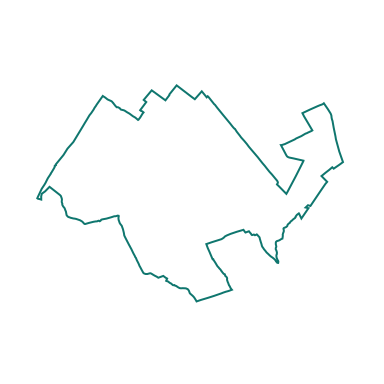 Balteni, Vaslui, Romania, rotated 351°
{"feature_id": "2599482B7876180524061", "entity_name": "Balteni", "entity_type": "district", "adm_level": 2, "iso_a3": "ROU", "parent_name": "Romania", "parent_adm1": "Vaslui", "projection": "albers", "projection_center": [27.634, 46.674], "detail": "fine", "context": "isolated", "style": "outline", "palette": "teal", "viewbox_px": 384, "rotation_deg": 351, "n_neighbors": 0, "source": "geoboundaries", "source_scale": "gbopen_adm2", "svg_char_len": 6030}
<svg xmlns="http://www.w3.org/2000/svg" viewBox="0 0 384 384"><g transform="rotate(351 192 192)"><path d="M265.2,275.3L266.0,275.5L266.3,274.6L266.4,273.9L266.3,273.5L266.0,272.9L265.5,271.1L265.3,270.1L265.3,269.0L265.4,268.0L265.6,267.3L266.0,266.8L266.3,265.6L266.4,265.1L266.3,263.9L266.1,262.6L265.8,261.9L265.8,261.4L266.0,260.4L266.7,259.3L266.7,257.7L266.6,256.7L266.7,256.0L266.9,255.0L267.2,254.4L267.9,253.9L268.6,253.7L269.6,253.6L270.9,253.3L272.2,252.7L273.3,252.3L274.0,252.2L274.6,250.4L274.9,249.2L274.9,248.4L275.6,246.8L276.0,246.2L276.4,245.4L276.6,244.9L276.7,243.6L276.6,243.0L276.7,242.3L277.2,241.9L279.3,241.4L280.1,241.0L280.7,240.6L281.2,239.5L281.9,238.8L282.8,238.2L283.6,237.9L284.3,237.1L285.1,236.4L286.3,235.8L287.5,234.9L289.8,233.7L290.0,233.2L290.4,233.0L290.4,232.8L290.7,232.3L292.0,231.0L294.2,229.8L294.5,230.4L294.7,231.3L295.9,235.3L304.5,226.2L301.8,225.1L304.5,223.2L306.8,224.3L319.5,210.7L325.0,204.9L327.1,203.1L322.4,196.5L327.0,193.8L331.2,191.5L334.4,189.5L335.6,191.1L337.9,190.0L341.9,188.1L345.8,186.1L343.8,175.1L342.4,162.4L342.4,160.8L342.4,159.3L342.0,150.5L341.9,143.9L341.6,142.1L341.5,140.6L341.6,138.6L341.6,138.1L341.2,136.2L339.2,131.5L336.1,125.0L335.1,125.6L334.1,125.9L331.9,126.3L329.4,126.9L321.6,129.0L315.4,130.8L313.4,131.4L314.5,134.8L317.4,142.1L320.5,150.0L319.6,150.4L316.0,151.4L314.5,151.9L313.2,152.1L308.7,153.9L303.3,155.4L302.6,155.7L301.8,156.1L292.5,158.8L291.2,159.2L289.7,159.4L288.1,159.7L287.2,159.6L287.9,161.7L290.8,170.2L291.3,171.4L291.8,172.1L292.6,172.7L293.5,173.2L297.5,174.7L307.0,178.5L306.8,179.0L297.0,192.6L288.0,204.6L286.2,207.0L284.9,208.6L278.7,199.9L277.1,197.8L278.0,196.7L278.3,196.2L278.3,195.6L277.9,194.3L273.7,187.2L271.7,184.2L269.6,180.5L268.0,177.6L266.2,174.7L264.0,170.8L262.4,167.9L256.7,158.6L255.2,156.1L253.7,153.2L251.6,149.7L249.0,145.7L248.1,143.9L245.6,139.4L244.3,136.4L243.9,136.2L242.8,134.6L241.7,132.7L240.5,130.5L234.7,120.7L231.1,114.5L230.0,112.6L228.3,109.4L227.7,108.8L227.3,108.1L223.3,101.0L222.5,99.9L221.3,100.8L220.8,99.9L217.4,94.1L209.3,100.8L207.0,98.5L193.5,84.3L184.9,92.1L184.8,92.8L180.1,97.3L168.1,85.3L158.7,93.5L160.9,96.0L153.6,103.1L154.3,103.9L155.5,104.6L156.6,105.8L155.0,107.3L154.2,108.3L152.3,110.5L151.3,111.4L150.5,112.2L150.0,112.4L149.4,111.7L147.7,109.7L147.0,109.1L145.5,107.9L142.9,105.2L141.8,104.2L140.6,103.3L138.2,101.1L137.4,100.6L135.7,99.9L134.6,99.4L134.2,98.8L133.9,98.2L133.6,97.8L132.8,97.2L132.3,96.8L131.7,96.6L130.9,96.5L130.4,95.8L129.9,95.1L128.5,92.6L128.1,91.7L127.8,91.5L127.6,91.1L127.3,90.4L126.5,89.6L124.5,88.3L123.0,87.3L122.4,86.6L120.7,84.8L119.5,83.8L118.9,83.2L111.4,90.9L110.6,91.9L109.0,93.5L107.7,95.2L104.8,98.3L102.8,100.1L101.7,101.4L99.4,104.2L97.0,107.0L94.6,109.9L82.6,124.1L75.8,129.7L70.8,135.4L68.0,137.9L62.4,142.9L61.7,143.5L61.8,144.2L60.6,144.7L60.4,144.9L60.5,145.4L60.2,145.9L59.4,147.0L56.4,150.6L55.4,151.6L55.4,151.9L55.2,152.1L51.8,155.8L50.2,158.0L48.8,160.0L47.4,161.7L44.1,165.3L38.7,173.2L38.2,174.0L38.6,174.4L39.1,174.7L40.0,175.0L41.9,175.9L42.4,172.6L43.4,170.2L47.0,168.4L52.1,164.6L61.0,174.2L61.8,175.3L62.0,176.2L62.2,177.1L62.4,178.7L62.3,179.3L61.8,181.3L61.8,181.8L61.9,182.3L62.1,183.3L61.9,184.0L62.0,184.8L62.2,185.3L62.6,186.3L63.4,187.6L63.7,188.3L63.9,189.5L64.1,190.5L64.4,191.5L64.5,195.0L64.6,195.5L65.4,196.7L66.0,197.4L67.0,197.8L67.9,198.4L70.7,199.6L71.8,199.9L73.2,200.4L77.0,202.4L78.8,203.9L79.3,204.5L80.0,205.6L80.7,206.6L81.1,206.8L81.5,206.9L85.5,206.4L90.2,206.0L91.4,206.0L92.5,206.0L93.0,206.1L93.9,206.1L94.4,205.9L95.0,205.8L95.5,205.8L95.9,206.2L96.1,206.4L96.5,206.4L97.4,205.9L98.0,205.2L98.4,205.1L99.5,205.0L103.3,204.9L108.4,204.3L111.5,203.8L112.1,203.9L112.6,204.0L114.3,203.8L114.8,203.7L115.8,204.0L115.9,204.3L115.8,204.7L115.3,206.0L115.2,207.2L115.2,208.5L115.4,209.2L115.7,211.2L116.3,212.6L117.3,214.3L117.6,215.9L118.0,218.0L118.3,221.7L118.3,224.3L118.6,225.4L119.8,229.1L120.5,231.2L121.8,235.1L122.1,235.8L122.4,236.8L123.1,238.7L124.5,243.4L125.6,246.5L125.7,247.0L125.8,247.5L126.3,248.3L126.8,250.6L127.5,252.7L128.1,254.6L128.6,256.8L129.0,257.8L130.3,261.6L131.1,263.8L131.5,264.6L132.0,265.0L133.3,265.7L134.5,265.9L135.2,266.0L135.9,265.9L137.9,265.7L138.3,265.8L138.7,266.0L139.8,266.9L140.1,267.1L140.7,267.7L142.6,269.2L143.9,270.1L145.3,271.4L150.5,270.4L152.5,272.5L153.9,273.6L152.6,275.7L153.2,276.1L154.3,276.6L155.2,277.6L156.1,278.5L156.3,278.6L156.9,279.0L158.0,280.3L158.5,280.9L158.8,281.1L159.5,281.2L160.1,281.2L160.2,281.5L160.4,281.7L161.9,282.5L162.4,283.0L162.7,283.4L164.6,284.9L165.1,285.1L165.7,285.3L166.9,285.5L167.4,285.5L168.0,285.6L170.4,286.1L170.9,286.2L171.7,286.8L172.2,287.0L172.5,287.2L173.0,288.0L173.5,289.0L173.7,290.0L174.0,291.6L174.4,292.2L176.4,294.6L177.1,295.6L177.7,296.6L178.9,299.4L179.4,300.8L184.0,300.0L191.4,299.0L197.3,298.1L205.2,296.7L206.9,296.3L209.8,295.8L212.6,295.5L216.1,294.8L215.5,293.8L215.0,292.7L214.5,290.9L214.0,290.0L213.7,288.6L213.6,287.8L213.3,286.9L212.9,284.6L212.9,283.9L213.1,283.2L213.2,282.7L213.1,282.1L212.8,281.4L212.4,280.8L211.8,280.2L211.7,279.6L211.6,279.3L211.5,279.0L211.6,278.5L211.4,278.3L211.0,278.1L210.5,277.8L209.4,276.0L208.8,274.7L208.4,274.2L208.1,273.2L207.0,271.7L206.5,270.7L205.7,269.6L205.3,268.8L204.0,265.5L202.7,262.6L202.5,261.7L201.9,261.7L201.7,261.2L201.0,258.3L200.4,255.9L200.0,254.2L198.8,249.8L198.0,245.7L203.6,244.7L213.7,243.2L215.2,242.6L216.5,241.9L217.5,241.1L219.4,240.4L220.6,240.1L223.5,239.4L230.0,238.3L236.9,237.4L238.3,240.2L238.5,240.4L241.9,239.7L242.1,239.7L242.5,240.5L243.8,242.6L244.0,243.3L244.5,243.9L245.3,243.9L246.3,243.7L246.8,243.9L247.3,244.5L247.8,244.5L248.7,244.3L249.2,244.0L249.6,244.2L250.3,245.4L251.4,247.0L251.6,247.4L251.7,248.9L252.1,252.0L252.5,254.5L252.6,256.1L253.0,257.4L253.7,258.7L254.1,259.7L255.3,261.7L256.2,263.4L257.0,264.4L257.8,265.4L258.8,266.8L260.1,268.3L261.2,269.3L262.4,270.6L263.4,271.9L263.8,272.7L264.1,273.6L265.2,275.3Z" fill="none" stroke="#0f766e" stroke-width="2"/></g></svg>